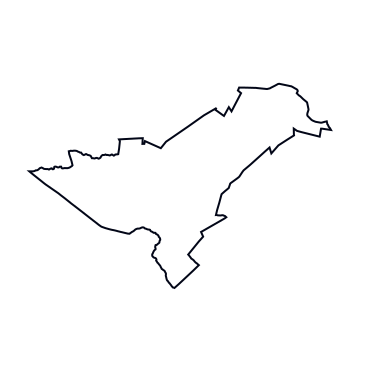 Saboti, Rift Valley, Kenya, rotated 344°
{"feature_id": "3690345B89105260268555", "entity_name": "Saboti", "entity_type": "district", "adm_level": 2, "iso_a3": "KEN", "parent_name": "Kenya", "parent_adm1": "Rift Valley", "projection": "orthographic", "projection_center": [34.819, 0.95], "detail": "fine", "context": "isolated", "style": "outline", "palette": "ink", "viewbox_px": 384, "rotation_deg": 344, "n_neighbors": 0, "source": "geoboundaries", "source_scale": "gbopen_adm2", "svg_char_len": 4887}
<svg xmlns="http://www.w3.org/2000/svg" viewBox="0 0 384 384"><g transform="rotate(344 192 192)"><path d="M41.3,127.3L42.9,129.7L44.8,132.4L46.3,134.5L49.8,139.4L51.9,142.4L53.3,144.3L63.2,156.4L65.1,159.1L68.0,163.0L72.8,169.8L77.7,176.4L83.3,184.1L93.5,198.1L95.2,200.2L95.8,200.7L98.9,202.9L102.3,205.0L104.4,206.2L106.0,207.0L107.3,207.7L109.2,208.8L109.8,209.2L110.7,209.7L112.4,210.7L113.7,211.4L116.5,213.0L119.0,214.4L120.5,214.9L121.6,214.4L122.4,214.2L123.0,213.9L123.6,213.8L124.6,213.6L125.7,213.2L126.6,212.7L127.3,212.4L128.4,212.2L129.6,212.2L130.3,212.4L131.2,212.6L132.2,212.6L133.2,212.4L134.0,212.3L134.9,212.4L135.6,212.7L136.1,213.1L136.7,214.1L137.5,214.5L138.3,215.2L139.3,215.9L140.6,216.4L141.2,216.8L141.3,217.5L141.6,218.3L142.1,218.8L142.9,219.4L143.4,220.1L144.0,220.7L144.9,220.9L145.6,221.2L145.7,221.9L145.9,222.5L146.5,223.0L147.0,223.5L147.4,224.1L147.7,224.9L147.7,225.9L148.2,226.8L148.5,227.8L148.4,228.4L148.3,229.2L147.8,229.7L147.2,230.3L147.0,231.0L146.6,231.7L145.9,232.1L145.2,232.3L144.4,232.7L143.3,233.2L142.4,233.0L141.8,233.9L141.4,234.8L141.4,235.6L141.4,236.3L141.1,237.1L140.5,237.3L139.7,237.7L139.1,238.2L138.5,238.8L138.0,239.4L137.4,240.2L136.6,240.9L136.3,241.8L136.2,242.6L136.6,243.4L136.9,244.1L137.4,244.6L138.0,245.0L138.6,245.4L139.1,246.1L139.2,247.2L138.6,248.1L139.0,249.0L139.3,250.4L139.9,251.2L140.2,252.2L140.7,253.2L141.0,253.9L141.2,254.6L141.3,255.6L141.6,256.8L141.7,257.6L142.4,258.3L142.8,259.0L143.4,259.6L143.9,260.3L144.0,261.1L144.2,261.9L144.4,262.7L144.4,263.5L144.1,264.3L143.7,265.3L143.7,266.8L143.6,268.2L143.6,269.5L143.8,270.3L144.2,270.9L144.5,271.7L144.7,272.7L145.3,273.5L145.6,274.4L145.9,275.1L146.2,275.8L146.5,276.9L146.9,277.6L147.2,278.4L148.1,278.9L148.7,279.4L154.1,276.8L171.5,267.9L178.4,264.2L177.8,263.3L177.4,262.6L176.9,261.8L176.4,261.3L176.0,260.7L175.6,260.0L175.2,259.2L175.0,258.5L174.4,257.5L173.6,256.5L172.9,255.7L172.7,254.8L172.3,253.9L171.7,252.3L171.1,251.1L185.0,241.4L190.4,238.0L189.7,232.9L193.4,232.0L216.1,226.4L218.0,225.7L217.1,224.2L216.1,223.5L215.4,222.9L214.5,222.6L213.4,222.5L212.5,222.3L211.4,221.9L210.5,221.6L209.9,221.3L209.4,220.8L208.7,220.7L211.1,216.4L215.3,209.8L219.3,203.1L219.9,202.2L224.3,200.1L226.2,199.3L228.4,198.3L230.5,195.3L231.0,194.5L231.7,194.1L233.1,193.6L239.4,191.3L241.1,190.6L241.8,190.2L245.3,187.2L246.0,186.6L247.6,185.4L254.8,182.2L264.3,177.6L273.7,173.0L278.8,170.6L278.9,176.8L287.9,171.0L298.1,167.9L305.7,165.7L305.8,164.8L307.3,159.1L309.8,162.2L313.9,164.7L330.0,174.0L333.5,166.7L334.3,166.9L342.7,170.7L342.2,168.6L341.4,167.0L341.3,165.9L341.2,165.0L340.8,164.2L340.9,162.7L341.0,161.2L340.0,161.2L339.1,161.1L335.7,161.1L334.7,160.8L333.9,160.4L330.6,158.8L329.9,158.4L327.9,156.8L327.2,156.1L326.7,155.5L325.0,152.4L324.1,150.8L324.0,149.8L324.2,149.1L324.7,148.0L326.2,145.8L326.6,145.2L326.8,144.5L327.1,140.7L327.3,137.6L326.7,136.6L324.5,133.4L322.5,129.9L321.3,128.5L319.9,125.9L320.4,125.3L321.1,124.7L321.5,124.1L321.4,122.9L320.9,122.1L319.7,120.9L317.4,118.5L316.5,117.7L315.6,117.3L314.0,116.4L305.6,112.0L304.5,111.9L300.9,112.7L296.7,113.5L295.5,113.8L294.6,113.8L292.5,113.7L287.7,111.8L283.7,110.2L282.3,109.6L278.8,108.5L273.1,106.7L267.1,104.9L266.1,104.6L264.1,107.1L266.4,110.5L257.5,119.8L252.2,125.4L250.8,120.6L243.7,127.7L242.4,126.1L238.7,121.4L237.1,119.4L238.7,118.0L224.6,121.6L208.3,127.3L206.6,127.9L189.0,133.8L180.9,136.5L174.1,141.3L160.8,130.1L159.4,132.6L157.6,132.1L159.5,126.7L155.5,125.7L136.3,121.3L136.7,123.2L135.6,126.0L133.8,130.4L131.5,135.3L130.3,135.2L129.3,134.9L128.4,134.9L127.7,135.3L126.9,135.5L126.2,134.8L125.7,134.1L124.9,133.8L124.0,134.1L123.0,134.2L122.2,133.7L121.0,133.1L119.9,132.8L119.2,132.1L118.4,132.2L117.5,132.2L116.4,131.8L115.6,132.0L114.7,132.5L113.4,133.8L112.1,134.2L111.4,134.2L110.7,133.6L110.0,133.0L109.1,132.8L108.4,132.9L107.5,132.9L106.7,132.5L106.1,132.2L105.1,131.9L104.8,130.5L104.7,129.8L104.4,129.2L103.6,128.5L102.5,127.9L101.8,127.5L101.2,126.8L100.6,126.3L98.9,126.6L98.2,126.7L97.5,126.1L97.0,125.5L96.2,123.5L95.3,123.3L94.8,122.8L94.2,122.2L93.4,121.7L92.6,120.8L91.8,120.4L90.9,120.0L89.8,119.7L88.6,119.6L87.7,119.3L86.7,118.9L85.7,119.0L84.8,118.9L84.4,121.7L84.7,129.1L84.5,133.4L83.8,133.9L82.8,134.2L81.7,134.6L80.6,134.8L79.4,134.8L78.6,134.7L77.8,134.4L77.1,134.2L76.2,133.9L75.3,133.8L74.3,133.7L73.6,133.4L73.2,132.7L73.2,131.6L72.0,131.2L70.9,131.6L70.0,131.5L69.4,131.1L68.6,130.4L67.9,130.0L67.3,129.8L66.6,129.9L66.2,130.6L65.8,131.5L65.2,131.8L64.5,131.8L63.9,131.3L63.7,130.6L62.9,130.5L61.8,130.7L60.7,131.0L59.9,130.3L59.1,130.0L58.4,129.8L57.7,129.6L56.9,129.3L56.2,129.0L55.6,128.5L55.2,127.9L54.1,127.0L53.0,127.1L52.1,127.2L51.3,127.7L50.2,128.2L48.9,128.4L47.7,128.1L46.7,128.4L45.7,128.4L44.9,128.3L44.2,128.1L43.5,127.9L42.7,127.7L41.3,127.3Z" fill="none" stroke="#020617" stroke-width="2"/></g></svg>